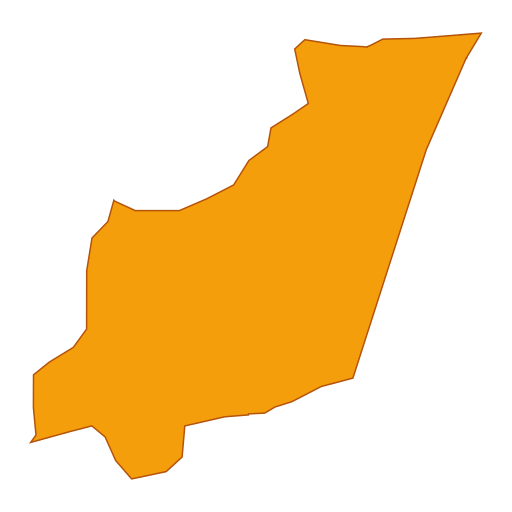 Habo, Västra Götaland, Sweden (Robinson projection)
{"feature_id": "70781695B50055255303815", "entity_name": "Habo", "entity_type": "district", "adm_level": 2, "iso_a3": "SWE", "parent_name": "Sweden", "parent_adm1": "Västra Götaland", "projection": "robinson", "projection_center": [14.097, 58.001], "detail": "fine", "context": "isolated", "style": "filled", "palette": "amber", "viewbox_px": 512, "rotation_deg": 0, "n_neighbors": 0, "source": "geoboundaries", "source_scale": "gbopen_adm2", "svg_char_len": 776}
<svg xmlns="http://www.w3.org/2000/svg" viewBox="0 0 512 512"><path d="M30.7,442.4L70.6,431.4L91.8,425.9L105.1,436.9L115.7,460.6L131.6,478.9L166.2,471.6L182.1,457.0L184.8,425.9L224.6,416.8L248.5,414.9L248.5,414.3L248.5,413.9L264.7,413.1L275.0,407.0L292.0,401.6L321.2,386.5L352.9,378.1L426.3,149.6L465.9,58.7L466.5,58.2L466.2,58.1L481.3,33.1L414.7,38.4L382.8,39.1L370.9,45.2L366.9,46.8L366.9,47.1L366.0,47.0L362.5,46.6L340.5,45.5L304.9,39.7L301.7,42.5L294.7,49.0L299.8,73.3L308.3,103.5L293.0,114.0L271.0,127.9L267.6,146.6L248.9,160.5L233.7,184.9L206.5,198.9L179.3,210.6L135.2,210.6L114.8,201.2L113.9,200.2L107.9,221.6L92.0,238.0L86.7,270.8L86.6,329.1L73.3,347.4L49.4,362.0L33.5,374.8L33.4,407.6L36.0,435.0L30.7,442.4Z" fill="#f59e0b" stroke="#b45309" stroke-width="1.5"/></svg>